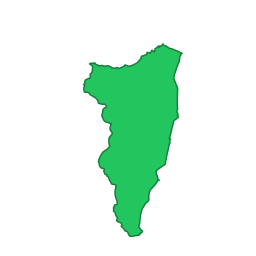 outline of Bojacá, Cundinamarca, Colombia, rotated 31°
{"feature_id": "7082276B91905392471943", "entity_name": "Bojacá", "entity_type": "district", "adm_level": 2, "iso_a3": "COL", "parent_name": "Colombia", "parent_adm1": "Cundinamarca", "projection": "robinson", "projection_center": [-74.318, 4.687], "detail": "fine", "context": "isolated", "style": "filled", "palette": "green", "viewbox_px": 256, "rotation_deg": 31, "n_neighbors": 0, "source": "geoboundaries", "source_scale": "gbopen_adm2", "svg_char_len": 5805}
<svg xmlns="http://www.w3.org/2000/svg" viewBox="0 0 256 256"><g transform="rotate(31 128 128)"><path d="M67.6,113.5L68.1,113.7L68.4,113.6L68.9,113.9L69.2,114.3L69.2,115.6L69.4,116.2L70.4,117.9L72.1,119.5L72.9,119.5L73.4,119.3L73.8,118.8L74.5,118.3L75.3,118.1L75.8,118.0L76.4,118.2L77.2,118.3L77.6,118.5L78.2,118.9L79.8,119.0L81.1,118.9L81.8,118.8L82.0,119.0L83.2,118.7L83.7,118.8L86.3,119.3L87.5,119.8L88.7,120.1L88.8,120.9L89.6,121.6L89.8,122.0L91.5,121.6L93.9,120.8L95.5,119.7L96.2,119.6L98.2,120.4L98.6,120.7L98.6,121.2L98.4,121.8L98.0,122.2L97.7,122.7L97.2,123.8L97.1,124.7L97.4,125.9L98.2,127.7L99.0,130.4L99.4,131.1L100.9,132.2L101.8,132.8L102.8,133.5L103.9,134.1L104.4,134.2L105.6,134.3L106.5,134.1L107.6,133.7L109.7,133.3L110.6,133.4L111.0,133.0L111.5,133.1L111.6,133.9L112.2,136.2L112.6,137.1L112.9,137.6L113.3,138.4L113.8,138.9L114.6,139.0L115.2,139.6L116.6,140.0L117.1,140.3L117.3,140.6L117.4,141.5L117.4,142.7L117.2,143.8L116.9,144.8L116.9,145.7L117.1,146.7L117.5,147.6L118.0,148.5L119.1,150.3L121.2,152.6L121.7,153.5L121.7,154.2L121.5,154.8L121.5,155.7L121.3,156.6L120.7,157.7L119.8,159.3L119.6,159.8L119.4,160.5L119.0,161.4L118.9,162.2L118.8,163.2L118.8,163.7L118.8,165.9L118.8,166.3L118.9,166.9L119.1,169.1L119.3,170.3L119.8,171.8L121.1,172.8L122.3,174.2L123.2,175.1L124.4,175.8L125.3,176.1L126.3,175.9L127.2,175.6L127.8,175.2L128.3,175.1L128.7,175.2L129.1,176.1L129.2,176.8L129.5,177.5L131.3,178.9L132.3,179.5L133.3,179.0L133.7,179.0L134.2,179.5L134.4,179.9L134.7,180.1L135.4,179.9L136.1,179.9L136.5,180.1L138.9,182.2L139.5,182.6L140.2,182.8L141.2,183.3L141.7,183.8L142.7,184.3L143.2,184.4L143.8,184.3L145.1,183.6L146.7,183.1L147.1,183.1L147.5,183.4L147.7,184.5L148.4,185.6L148.6,186.4L148.9,187.6L149.3,188.4L149.7,189.4L150.3,190.0L151.4,192.0L151.9,192.4L152.8,193.4L153.3,194.0L154.3,194.6L154.7,195.1L155.6,195.8L156.6,196.6L157.0,197.2L157.7,198.4L157.8,199.6L157.7,199.9L157.1,200.3L156.7,200.3L156.4,200.6L156.2,201.1L156.5,202.3L156.5,203.2L156.7,203.9L157.5,205.0L157.8,205.6L158.0,205.9L158.4,206.7L159.2,206.8L160.0,207.0L160.8,207.3L161.5,208.1L162.5,209.1L163.6,209.8L164.8,210.1L165.5,210.4L165.7,211.0L165.7,211.5L165.5,212.1L165.5,212.3L166.0,213.2L167.0,213.6L167.4,213.6L168.5,213.3L169.2,213.3L170.0,213.1L170.7,213.1L170.9,213.0L171.4,213.1L172.4,213.8L172.5,214.0L172.5,214.3L172.7,214.6L172.8,214.8L172.7,215.6L172.8,215.7L173.1,215.9L176.2,216.5L177.5,217.3L178.6,217.7L178.8,217.7L179.8,217.3L181.0,217.2L183.9,219.3L184.5,219.5L185.5,219.8L186.6,219.2L191.3,215.3L192.2,214.5L192.8,213.7L193.0,213.3L193.1,213.0L192.7,212.5L192.6,212.1L192.7,211.9L192.8,211.4L193.3,211.1L193.7,210.4L193.8,210.0L193.6,209.5L193.6,208.9L193.0,208.8L192.2,208.8L191.6,208.6L190.7,208.1L189.0,207.6L188.5,207.3L188.1,206.7L187.8,206.1L187.5,204.9L187.2,204.0L186.2,201.8L185.4,200.4L184.4,197.8L183.6,196.3L183.1,194.9L182.1,191.2L181.8,189.1L181.9,186.1L181.9,185.0L181.9,183.6L182.1,182.5L182.5,181.9L182.9,180.6L183.0,180.0L183.0,179.4L182.9,178.8L182.5,178.1L181.3,176.4L181.0,175.7L180.8,175.4L179.3,172.0L179.2,171.4L179.2,169.0L179.2,168.3L179.6,167.1L179.8,166.0L180.4,163.0L180.5,162.0L180.6,159.3L180.7,158.4L180.8,157.9L181.0,157.5L181.6,156.8L181.0,156.6L180.7,156.6L180.1,156.8L179.9,156.7L179.5,155.9L178.8,155.2L178.1,154.3L177.7,154.0L177.4,153.7L175.9,152.8L175.7,152.6L174.9,151.3L174.6,150.3L174.5,150.0L174.2,149.8L174.5,149.1L178.6,139.8L178.1,138.6L177.4,137.1L176.8,135.2L174.3,128.6L173.7,126.2L171.8,120.9L171.5,120.1L171.7,119.5L170.0,116.4L170.0,116.1L170.2,115.8L170.1,115.7L169.9,115.9L169.3,115.8L169.2,115.7L168.8,115.8L168.6,115.8L168.8,115.0L163.5,98.0L163.7,97.7L164.0,97.0L165.0,94.6L165.5,93.2L165.5,92.8L165.1,92.5L164.7,92.4L164.5,91.9L164.0,91.9L164.1,91.3L164.0,91.1L163.4,90.1L162.4,89.4L161.9,89.2L161.5,88.9L161.2,88.2L160.8,86.5L160.4,85.5L159.7,84.7L159.2,84.1L158.8,83.6L158.4,82.8L158.0,82.3L156.4,79.5L155.6,78.2L153.2,74.0L152.7,73.0L152.0,71.9L150.5,69.0L148.7,67.2L145.5,64.9L144.0,63.7L142.2,62.4L141.9,62.0L140.5,59.1L140.0,57.3L139.4,54.0L138.8,52.1L138.3,48.9L138.0,47.8L137.9,45.8L137.8,45.3L137.5,44.3L136.8,43.0L136.9,42.5L136.8,42.2L136.5,41.8L136.4,41.5L135.9,40.8L135.7,40.4L135.6,38.4L135.3,37.6L135.8,36.5L135.9,36.2L135.7,36.2L133.5,36.4L131.1,36.5L129.0,36.9L127.6,37.2L126.9,37.2L125.6,37.4L124.2,37.8L123.0,38.2L121.5,38.4L120.7,38.2L119.9,38.4L119.6,38.4L119.1,38.2L118.7,38.1L117.7,38.3L117.5,38.5L116.5,38.6L115.3,38.4L114.8,38.1L114.8,38.4L114.0,40.9L113.8,41.0L113.2,42.5L112.2,41.7L110.6,45.8L110.4,46.2L111.0,47.7L111.3,49.2L110.6,49.2L109.1,49.0L108.6,49.0L108.4,49.9L108.6,52.0L105.5,53.4L105.7,54.3L105.7,54.9L105.9,55.3L105.8,55.9L105.6,56.3L105.4,56.4L105.2,56.7L104.7,57.1L104.5,57.7L104.1,58.2L103.8,58.4L103.5,58.5L103.2,58.7L102.8,59.5L102.7,60.3L102.8,60.8L103.1,60.9L103.2,61.2L103.3,61.5L103.3,61.9L102.9,64.1L102.6,65.5L102.5,66.6L102.3,67.3L100.7,70.1L98.9,72.7L97.9,73.8L96.5,74.7L95.9,75.0L95.5,75.1L95.0,75.0L93.9,75.4L93.5,75.3L93.3,75.3L93.1,75.4L92.9,75.7L92.8,76.8L92.5,77.6L92.2,77.9L92.1,78.3L91.1,79.7L90.0,81.0L89.8,81.4L89.4,81.6L88.6,81.8L88.2,81.8L87.8,81.7L87.4,81.7L87.1,82.0L86.4,83.0L86.0,83.4L85.7,83.8L83.0,84.7L81.1,84.5L79.5,84.7L78.2,85.3L77.6,85.9L77.2,86.2L76.0,87.1L75.4,87.2L75.0,87.6L74.4,87.6L74.0,87.7L73.5,87.7L73.3,87.9L73.3,88.1L72.8,88.4L71.9,89.3L71.5,89.4L70.6,89.5L70.1,89.8L69.2,89.7L68.4,90.0L68.1,90.0L67.2,89.8L66.7,89.5L66.3,89.4L66.0,89.7L65.9,90.1L65.0,90.0L64.9,90.5L64.5,90.7L63.8,91.1L63.7,91.4L63.4,91.6L62.8,91.6L62.5,91.7L62.2,92.8L63.6,93.0L64.5,92.9L65.1,93.0L65.8,93.5L66.5,94.5L68.3,98.0L68.3,100.1L67.8,101.2L68.4,102.2L68.7,102.5L69.5,103.6L69.5,104.6L69.2,105.3L68.8,105.8L68.5,106.4L67.6,107.3L67.1,108.1L66.9,108.9L66.8,109.6L67.3,110.9L68.0,112.0L68.0,112.6L67.6,113.5Z" fill="#22c55e" stroke="#15803d" stroke-width="1.5"/></g></svg>